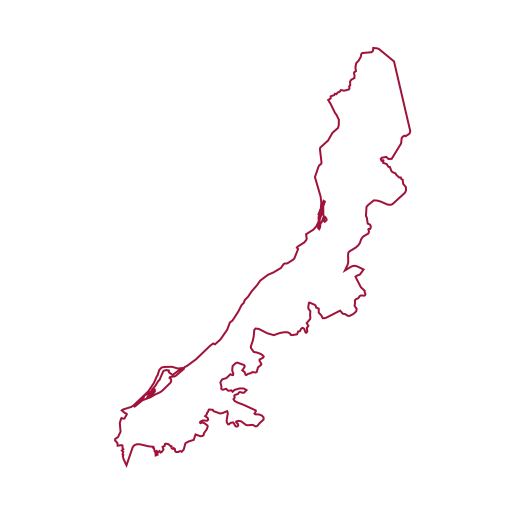 map outline of Veracruz (Albers equal-area conic projection), rotated 254°
{"feature_id": "MEX-2734", "entity_name": "Veracruz", "entity_type": "State", "adm_level": 1, "iso_a3": "MEX", "parent_name": "Mexico", "parent_adm1": "", "projection": "albers", "projection_center": [-96.92, 19.815], "detail": "fine", "context": "isolated", "style": "outline", "palette": "rose", "viewbox_px": 512, "rotation_deg": 254, "n_neighbors": 0, "source": "natural_earth", "source_scale": "10m", "svg_char_len": 6079}
<svg xmlns="http://www.w3.org/2000/svg" viewBox="0 0 512 512"><g transform="rotate(254 256 256)"><path d="M144.6,84.4L145.1,85.8L145.3,94.4L146.0,96.9L155.6,115.2L162.3,123.1L167.7,127.5L168.4,128.5L173.1,131.6L174.8,134.5L174.6,137.4L172.7,144.6L169.4,149.9L168.5,154.7L168.0,154.7L167.2,149.9L164.6,143.1L168.0,140.4L169.2,140.2L169.9,140.7L171.0,138.5L171.2,136.2L170.7,135.0L163.6,129.2L162.7,127.5L159.2,123.8L156.2,119.3L154.7,118.1L152.5,110.1L150.8,108.9L144.6,96.9L144.9,98.5L148.6,107.0L149.3,115.7L150.6,120.4L151.5,126.4L152.5,129.1L157.7,138.7L158.7,139.8L160.8,140.4L162.7,139.3L163.4,140.1L162.7,144.3L162.9,145.7L167.4,155.6L168.4,156.0L168.9,156.9L169.4,159.5L173.3,170.0L182.4,187.2L183.7,190.8L182.4,192.2L185.5,198.7L193.1,208.0L199.3,212.6L200.3,215.3L201.2,216.5L207.5,223.7L212.8,228.6L214.3,231.3L216.7,233.0L219.0,237.1L223.3,242.2L227.7,249.0L231.2,253.3L234.6,262.2L235.4,268.3L237.6,276.6L240.6,280.4L240.9,281.7L240.3,283.4L240.4,284.4L242.3,290.9L243.1,292.2L251.1,298.4L252.8,297.6L253.5,298.6L255.7,306.1L257.5,308.7L258.9,309.6L263.1,310.1L265.5,318.4L268.1,322.4L272.0,325.8L275.9,326.8L278.1,328.1L278.1,330.5L273.4,327.2L269.7,326.1L267.3,323.8L265.8,323.4L264.4,324.2L265.9,325.5L269.5,326.9L270.2,328.2L274.5,331.5L274.5,332.0L273.4,332.0L270.6,331.0L269.9,331.5L270.9,333.5L271.6,334.0L273.4,333.7L274.9,332.9L275.4,332.1L276.7,332.0L285.2,334.3L289.3,337.2L290.4,336.2L287.8,334.5L283.4,333.0L279.8,331.1L279.5,328.1L284.0,331.5L289.4,333.5L295.3,334.5L315.6,334.4L324.8,340.8L325.7,341.8L326.7,344.2L328.1,344.8L341.1,346.9L342.5,347.7L347.2,357.2L353.3,363.4L356.5,370.1L359.1,371.7L364.2,373.2L369.4,372.3L371.7,371.4L381.4,369.7L386.1,368.4L386.9,371.2L388.9,371.8L389.1,375.5L390.2,376.6L389.4,377.8L390.6,379.6L390.9,381.8L392.1,383.3L390.6,386.3L390.5,391.2L391.5,392.1L393.4,392.3L394.1,393.6L397.7,394.5L399.1,396.0L400.0,399.7L402.6,400.5L405.0,400.6L405.6,401.1L406.1,403.0L410.1,403.6L413.7,405.5L415.4,408.3L418.3,411.4L421.2,413.0L421.8,414.1L420.1,423.0L420.5,424.4L421.4,425.2L423.7,426.1L421.9,430.3L420.7,431.5L405.0,442.3L333.5,438.7L331.3,437.3L329.9,432.8L330.7,432.0L330.7,431.5L330.2,429.9L329.3,428.6L324.2,426.5L312.0,413.2L312.8,410.0L315.3,408.6L315.8,404.2L315.0,402.7L312.9,402.9L312.5,403.4L313.1,404.5L312.7,404.8L310.5,403.9L308.4,406.9L305.2,407.9L304.7,409.2L300.2,409.6L298.9,410.4L297.1,412.8L295.5,413.2L292.0,415.2L291.6,416.8L289.8,417.0L288.9,418.0L284.8,417.4L280.7,419.1L277.6,418.2L275.8,416.7L268.2,401.4L268.1,399.5L269.2,396.6L274.0,390.8L275.8,387.9L277.0,384.6L274.1,377.8L272.8,375.8L264.2,372.7L262.3,373.1L256.4,372.3L254.7,374.3L252.9,374.5L251.3,373.9L250.6,373.1L250.9,371.9L250.6,371.3L248.4,371.4L246.7,370.3L245.2,364.5L244.6,363.4L242.9,361.5L239.9,359.5L238.1,357.3L236.7,354.4L234.5,346.6L233.4,345.5L231.9,344.9L224.4,342.9L222.1,341.5L217.6,337.5L219.5,344.5L219.7,346.9L219.0,349.1L217.6,351.0L213.4,355.7L209.6,350.9L209.2,347.3L208.6,345.9L197.0,348.2L192.6,350.9L191.6,350.5L189.5,350.7L188.6,350.4L188.0,349.4L189.2,345.8L188.9,344.7L187.3,342.8L186.9,340.3L186.2,338.9L182.8,338.0L181.5,337.2L180.6,337.1L177.4,338.2L175.1,337.0L173.5,333.8L172.6,329.5L173.3,327.6L175.5,325.8L176.6,323.5L180.3,321.8L177.4,306.9L177.3,304.7L177.8,303.0L180.9,302.4L184.3,300.7L188.1,301.8L189.9,299.6L191.5,299.7L192.8,299.1L196.5,294.6L196.5,294.1L195.7,293.6L192.1,292.0L190.6,292.0L187.9,293.0L184.3,291.7L181.5,291.2L180.4,290.5L177.5,286.2L174.4,287.1L172.8,285.0L169.7,284.6L168.9,284.1L168.4,283.0L169.0,282.5L172.4,282.3L173.6,281.6L174.1,280.5L173.5,279.2L171.6,277.4L171.8,275.7L169.4,273.9L170.0,268.8L170.7,267.6L171.9,267.5L173.9,265.5L175.0,261.8L175.4,257.6L175.0,251.3L178.6,245.6L185.2,238.5L186.4,235.6L185.3,233.9L179.7,231.8L175.5,229.6L170.3,226.0L168.8,225.8L164.4,227.4L163.1,230.0L161.0,233.0L159.2,234.8L157.2,235.7L156.2,234.6L155.5,230.9L154.5,230.5L150.7,231.4L149.9,230.8L148.4,227.2L144.4,224.8L144.1,223.6L145.4,220.4L144.8,218.9L144.9,216.0L144.2,213.8L144.8,213.2L147.6,213.1L149.8,211.3L152.4,214.3L153.3,214.8L154.5,214.4L158.7,208.6L158.6,206.9L156.7,203.2L152.7,201.6L149.0,201.7L147.9,201.1L148.0,200.4L149.4,198.8L146.8,193.9L146.7,189.4L144.3,186.9L140.1,186.8L138.0,186.0L137.2,186.4L136.6,187.3L136.6,190.7L134.4,191.9L134.0,192.6L133.6,195.4L132.0,196.0L133.2,198.6L133.2,203.9L132.0,207.7L129.7,209.9L128.0,207.0L128.0,205.9L129.6,203.1L129.5,202.0L128.3,200.5L128.3,197.5L127.7,196.6L125.7,196.5L124.6,194.9L122.5,195.5L120.2,197.9L116.4,203.0L107.6,213.2L106.7,213.0L104.9,211.1L104.0,211.7L102.9,215.1L101.1,217.6L98.8,218.8L96.7,218.2L94.5,213.7L92.3,210.4L92.2,208.8L94.6,206.3L95.6,201.2L96.4,199.8L101.1,196.2L102.3,193.9L102.4,191.4L101.7,191.1L99.3,192.4L98.1,192.2L97.4,191.5L97.3,190.5L98.0,189.4L102.3,188.3L102.6,185.5L101.6,183.5L102.0,182.7L104.1,182.1L105.9,182.4L112.7,185.6L114.8,185.5L114.2,180.3L114.6,177.9L118.6,172.4L120.1,172.0L121.4,168.6L121.0,167.9L119.5,167.0L118.7,165.7L117.4,165.1L116.1,163.0L113.7,164.9L111.8,164.9L111.1,163.5L112.6,159.7L112.1,156.8L111.3,156.3L110.6,156.5L110.7,158.9L109.5,160.3L106.5,162.6L105.5,162.6L103.1,161.0L99.9,157.0L98.3,156.3L97.8,155.0L98.0,153.0L101.1,148.7L96.4,145.4L96.3,140.2L95.5,136.6L89.8,133.1L88.3,130.6L89.4,129.3L89.1,127.1L89.5,125.3L90.5,124.5L93.0,124.8L94.0,123.9L93.4,123.3L93.8,122.4L94.8,121.9L96.3,122.4L96.7,121.5L99.2,120.0L100.5,117.5L100.3,116.6L98.7,115.9L98.3,113.6L95.6,113.8L93.7,111.5L93.4,110.0L95.1,109.5L94.5,108.1L96.1,106.6L95.9,106.1L93.2,106.8L92.1,106.6L91.9,104.6L95.3,105.2L96.4,104.7L99.3,105.0L100.0,104.2L100.9,104.7L102.6,100.4L106.9,92.7L107.8,89.9L107.8,87.8L107.3,86.2L106.2,84.8L90.5,73.8L97.2,72.7L100.3,72.8L101.2,73.6L102.0,73.0L104.4,74.4L106.0,73.4L106.9,75.2L107.9,74.7L110.4,75.4L111.2,74.9L111.8,70.7L114.3,71.2L117.7,69.7L119.0,70.3L120.0,73.5L124.5,77.4L132.9,79.0L136.4,81.2L137.3,82.0L136.1,83.7L136.1,84.8L139.4,88.2L140.1,88.1L141.2,86.7L144.6,84.4ZM153.0,118.5L156.2,121.1L155.6,121.9L153.7,121.5L152.2,119.2L151.2,116.0L150.8,113.3L151.8,114.3L153.0,118.5Z" fill="none" stroke="#9f1239" stroke-width="2"/></g></svg>